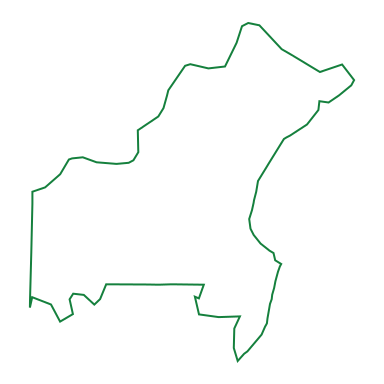 outline of St. Louis, Missouri, United States of America
{"feature_id": "52423323B93973889783850", "entity_name": "St. Louis", "entity_type": "district", "adm_level": 2, "iso_a3": "USA", "parent_name": "United States of America", "parent_adm1": "Missouri", "projection": "orthographic", "projection_center": [-90.401, 38.639], "detail": "fine", "context": "isolated", "style": "outline", "palette": "green", "viewbox_px": 384, "rotation_deg": 0, "n_neighbors": 0, "source": "geoboundaries", "source_scale": "gbopen_adm2", "svg_char_len": 1290}
<svg xmlns="http://www.w3.org/2000/svg" viewBox="0 0 384 384"><path d="M29.9,307.6L32.2,297.2L51.0,304.5L60.1,321.6L72.9,314.1L69.6,299.3L73.2,293.7L83.8,294.9L94.3,304.6L100.1,299.1L106.2,284.3L146.2,284.5L147.5,284.5L158.6,284.7L171.8,284.3L203.8,284.7L198.9,298.4L194.9,296.7L199.0,314.4L218.7,317.1L239.9,316.4L234.3,328.5L233.8,348.0L237.7,361.0L244.1,353.8L247.4,351.4L261.6,334.6L265.0,326.8L266.9,323.4L267.5,318.3L269.3,308.0L270.0,303.9L271.7,299.2L272.2,294.7L274.1,288.1L274.8,284.5L275.4,281.3L278.0,271.7L279.9,266.4L281.2,264.0L275.2,260.3L273.5,253.0L269.4,250.6L269.2,250.4L260.6,243.6L253.7,235.0L250.5,228.7L249.2,219.0L249.4,218.4L252.0,210.1L253.6,202.9L254.0,200.3L256.2,191.8L258.0,181.0L267.1,166.2L268.6,163.7L277.2,149.8L283.9,139.0L286.5,137.4L290.0,135.6L307.0,124.5L318.4,110.0L319.4,101.2L328.6,102.5L328.7,102.4L339.0,95.4L351.3,85.3L354.1,80.1L342.1,64.5L319.9,72.0L291.9,55.1L281.7,49.2L259.4,25.3L248.2,23.0L242.0,26.2L236.6,42.8L225.0,66.5L208.4,68.4L190.3,64.2L185.1,65.8L168.3,90.3L167.0,95.6L163.5,108.1L158.3,116.5L137.8,130.3L138.3,152.2L133.4,160.3L128.7,162.8L116.5,163.9L96.6,162.3L82.8,157.3L72.1,158.4L68.9,159.5L60.2,174.2L45.1,187.4L32.4,191.7L32.4,203.7L31.3,252.3L30.0,300.5L29.9,307.6Z" fill="none" stroke="#15803d" stroke-width="2"/></svg>